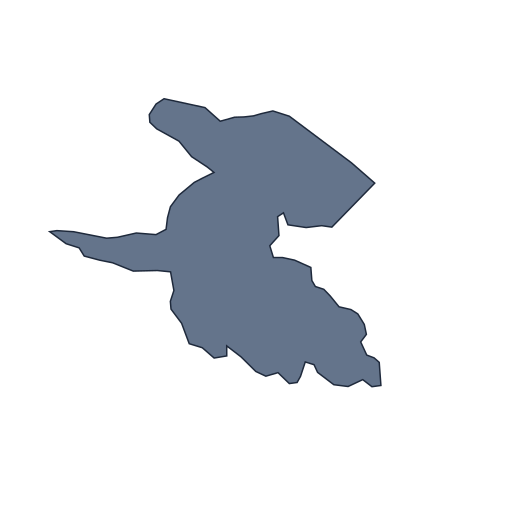 outline of Poço Dantas, Rio Grande do Norte, Brazil, rotated 228°
{"feature_id": "56859067B46276558587081", "entity_name": "Poço Dantas", "entity_type": "district", "adm_level": 2, "iso_a3": "BRA", "parent_name": "Brazil", "parent_adm1": "Rio Grande do Norte", "projection": "albers", "projection_center": [-38.522, -6.388], "detail": "fine", "context": "isolated", "style": "filled", "palette": "slate", "viewbox_px": 512, "rotation_deg": 228, "n_neighbors": 0, "source": "geoboundaries", "source_scale": "gbopen_adm2", "svg_char_len": 1258}
<svg xmlns="http://www.w3.org/2000/svg" viewBox="0 0 512 512"><g transform="rotate(228 256 256)"><path d="M226.7,331.7L230.7,393.0L261.3,389.3L337.6,374.3L352.5,365.6L358.3,355.1L361.8,347.9L367.4,340.1L373.5,332.9L380.1,319.6L400.4,317.4L434.4,292.9L435.8,283.4L432.5,271.3L426.4,266.6L416.9,267.3L392.9,275.6L372.9,274.6L354.9,279.3L346.2,280.7L349.8,267.9L352.0,259.4L352.8,239.7L349.9,225.4L343.7,215.9L336.0,207.0L338.8,196.0L353.2,182.4L362.6,165.6L369.2,156.9L396.1,136.7L408.1,125.0L412.1,119.0L392.2,123.1L380.4,130.0L370.9,128.3L357.4,137.1L346.9,144.9L326.9,154.7L311.2,173.0L301.4,181.9L285.3,171.9L279.6,162.0L273.4,157.3L255.8,155.7L235.5,147.7L223.8,154.7L208.2,156.6L201.3,167.4L208.8,174.1L191.0,177.4L170.3,178.6L160.1,182.9L154.6,194.3L138.9,195.4L134.5,201.9L136.8,208.6L144.3,221.7L136.4,226.4L128.3,223.9L117.8,225.9L108.3,227.7L97.4,237.1L92.7,252.6L81.3,254.7L76.2,262.2L94.5,276.4L101.3,275.6L108.3,272.0L122.1,276.3L123.9,285.6L132.7,290.7L144.8,292.9L152.7,290.7L162.7,283.7L176.7,284.4L185.9,284.1L193.6,279.7L200.4,281.1L210.8,289.1L227.1,281.9L237.2,274.6L243.2,267.9L254.4,273.1L255.8,286.7L270.8,298.4L269.7,305.3L257.8,300.6L243.6,312.3L234.6,325.1L226.7,331.7Z" fill="#64748b" stroke="#1e293b" stroke-width="1.5"/></g></svg>